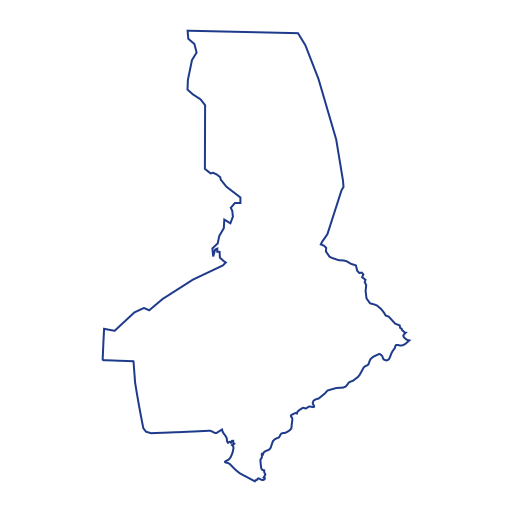 an SVG outline of South Kazakhstan
{"feature_id": "KAZ-3251", "entity_name": "South Kazakhstan", "entity_type": "Region", "adm_level": 1, "iso_a3": "KAZ", "parent_name": "Kazakhstan", "parent_adm1": "", "projection": "albers", "projection_center": [68.818, 43.271], "detail": "fine", "context": "isolated", "style": "outline", "palette": "blue", "viewbox_px": 512, "rotation_deg": 0, "n_neighbors": 0, "source": "natural_earth", "source_scale": "10m", "svg_char_len": 5599}
<svg xmlns="http://www.w3.org/2000/svg" viewBox="0 0 512 512"><path d="M405.5,332.9L404.0,334.4L403.3,335.7L403.7,337.0L406.2,339.4L407.5,340.0L409.3,340.4L407.3,342.2L405.2,344.0L404.1,344.6L402.9,345.2L401.8,345.4L400.6,345.6L399.1,345.3L397.7,344.9L397.0,345.0L396.2,345.0L395.8,345.6L395.3,346.2L395.1,347.0L394.9,347.8L394.6,348.4L394.2,348.9L393.4,350.0L392.6,351.1L391.9,352.4L391.2,353.8L390.6,355.4L390.1,356.9L389.5,358.1L388.8,359.4L387.9,359.9L386.9,360.4L386.2,360.3L385.4,360.2L384.8,359.9L384.1,359.7L383.6,359.2L383.1,358.7L382.9,358.0L382.7,357.2L382.4,356.6L382.2,356.1L381.7,355.5L381.2,355.0L380.6,354.6L380.0,354.2L379.6,354.1L379.1,354.0L376.1,355.4L373.1,356.8L371.8,358.0L370.5,359.1L369.7,360.9L369.0,362.6L368.8,363.3L368.6,364.1L368.2,364.5L367.8,365.0L367.3,365.3L366.8,365.5L366.2,365.7L365.7,366.0L365.1,366.3L364.6,366.6L364.2,367.1L363.7,367.5L361.7,371.2L359.6,374.9L358.8,375.9L358.1,376.8L355.5,378.8L352.9,380.8L351.2,381.4L349.5,382.1L349.0,382.5L348.5,382.9L348.1,383.5L347.7,384.2L346.7,385.3L345.8,386.5L344.5,387.0L343.2,387.6L339.7,387.8L336.3,388.0L332.1,389.2L327.9,390.4L327.3,390.8L326.8,391.3L325.9,392.3L325.0,393.4L321.9,395.9L318.7,398.5L316.9,399.0L315.2,399.6L314.3,400.2L313.5,400.8L313.1,401.9L312.7,403.0L312.8,403.5L312.9,403.9L313.5,404.9L314.0,405.8L314.0,406.3L314.1,406.7L313.7,406.9L313.4,407.1L311.5,406.8L309.6,406.5L309.1,406.6L308.7,406.7L307.5,407.5L306.3,408.3L305.8,408.4L305.3,408.5L304.4,408.1L303.5,407.8L303.0,407.9L302.5,408.0L300.8,409.1L299.1,410.2L298.3,411.0L297.5,411.7L297.2,412.6L296.9,413.5L296.3,413.2L295.7,413.0L295.1,413.2L294.6,413.4L293.1,414.1L291.7,414.8L291.4,415.0L291.1,415.3L291.0,415.6L290.9,415.8L290.9,416.2L291.0,416.5L291.3,416.9L291.6,417.3L291.8,417.4L291.9,417.5L292.0,417.7L292.1,417.8L292.2,418.3L292.3,418.8L292.3,419.5L292.3,420.2L291.8,424.1L291.4,428.1L291.1,428.6L290.9,429.1L290.3,429.6L289.8,430.2L288.7,430.9L287.6,431.7L286.5,432.2L285.4,432.8L284.0,433.0L282.7,433.1L282.0,433.3L281.4,433.6L280.9,434.1L280.5,434.6L279.8,436.0L279.0,437.4L276.8,438.3L274.6,439.3L273.8,440.3L272.9,441.2L271.7,444.6L270.6,447.9L269.9,448.7L269.3,449.5L267.4,450.4L266.8,450.6L265.4,451.2L264.5,451.8L263.7,452.4L263.3,453.4L263.0,454.4L262.8,454.3L262.7,454.2L262.4,454.1L262.1,454.0L261.9,453.9L261.8,454.3L261.8,454.7L261.9,455.6L261.9,456.6L261.9,457.0L261.8,457.4L261.6,457.9L261.4,458.3L261.2,458.5L260.8,458.9L260.7,459.1L260.5,459.7L260.4,460.4L260.7,463.9L261.1,467.4L261.3,468.2L261.5,468.9L261.7,469.3L262.0,469.6L262.3,469.8L262.6,470.0L263.4,470.1L264.2,470.3L264.2,470.9L264.1,471.4L264.3,471.9L264.4,472.5L264.6,473.0L264.8,473.5L265.1,473.9L265.3,474.4L265.3,474.7L265.2,475.0L264.4,476.3L263.6,477.5L264.3,477.8L264.9,478.2L264.7,478.7L264.5,479.3L263.8,479.7L263.1,480.1L262.3,479.9L261.4,479.8L260.2,479.2L258.9,478.5L258.5,478.5L258.2,478.4L257.9,478.6L257.6,478.8L257.4,479.2L257.2,479.5L257.0,479.8L256.7,480.1L256.3,480.1L255.8,480.1L255.4,480.5L255.0,480.9L254.9,481.1L254.8,481.3L247.3,477.3L242.4,474.7L239.8,473.3L237.7,471.6L235.6,469.9L232.7,467.0L229.9,464.1L228.9,463.5L227.9,463.0L226.7,462.7L225.4,462.4L225.2,462.3L225.0,462.1L225.1,461.8L225.2,461.5L225.5,461.2L225.8,461.0L226.9,460.5L228.0,460.0L228.6,459.6L229.1,459.1L229.6,458.6L230.0,458.1L230.4,457.5L230.7,457.0L231.2,455.9L231.7,454.8L232.2,453.5L232.7,452.1L233.0,450.7L233.3,449.3L233.4,448.1L233.4,446.9L233.1,446.4L232.9,445.9L232.7,445.7L232.3,445.4L232.1,445.2L232.3,445.1L232.6,445.0L233.3,444.5L234.1,443.9L233.9,443.8L233.6,443.6L233.3,443.5L233.4,443.2L233.5,442.8L233.4,442.7L233.3,441.7L233.2,440.8L232.5,440.9L231.9,440.9L231.4,441.9L231.0,442.8L230.6,442.4L230.3,441.9L229.9,441.8L229.5,441.8L229.1,442.0L228.7,442.2L228.3,442.5L228.0,442.8L227.5,442.1L227.1,441.4L226.9,439.8L226.7,438.1L226.3,437.4L226.0,436.7L224.7,434.8L223.3,433.0L223.1,432.5L222.9,432.0L222.7,431.9L222.3,430.7L222.0,429.5L221.2,430.0L220.4,430.5L218.5,431.7L216.7,432.9L216.1,433.0L215.5,433.1L214.8,432.8L214.1,432.6L212.8,431.9L211.5,431.2L210.7,431.0L210.0,430.7L202.0,431.1L193.8,431.5L188.7,431.7L180.6,432.1L173.9,432.3L164.7,432.7L158.5,432.9L151.2,433.2L148.6,432.5L147.6,432.2L146.0,431.7L144.7,430.0L143.3,428.2L140.9,415.8L138.6,403.4L136.8,393.0L135.1,382.6L134.3,372.0L133.5,361.4L133.4,361.3L133.2,361.2L132.8,361.1L132.6,361.1L132.4,361.1L132.1,361.1L131.9,361.2L124.4,360.9L117.6,360.7L110.8,360.4L103.3,360.2L103.0,359.9L102.8,359.7L102.7,359.3L102.7,358.8L103.4,342.5L104.1,328.8L109.8,329.9L114.6,330.8L134.4,312.4L143.9,308.0L149.2,310.3L162.7,298.9L192.8,279.7L222.9,265.4L225.8,262.5L224.1,261.4L219.9,257.7L219.6,251.9L217.2,251.7L217.3,248.6L215.1,249.6L213.2,256.5L212.4,248.4L217.7,243.4L219.3,235.9L223.8,228.2L224.3,219.6L230.4,223.3L232.9,216.7L232.3,211.0L230.8,207.8L234.9,203.0L240.4,203.0L240.4,197.5L226.4,186.7L220.8,179.7L220.2,177.2L216.8,174.5L213.1,172.8L210.6,173.4L204.9,168.9L205.1,105.2L200.6,99.4L192.9,94.4L187.5,89.6L187.9,79.8L192.0,60.0L196.6,52.6L194.4,44.0L188.3,38.8L187.6,30.7L298.0,33.2L305.4,45.3L318.5,79.0L336.2,139.5L343.0,180.7L343.5,187.0L341.6,190.0L327.4,234.2L322.1,241.8L320.8,244.4L324.0,245.7L326.2,247.8L325.9,251.4L329.6,256.8L332.2,258.0L338.7,260.2L343.8,260.5L346.7,261.3L350.9,263.8L355.9,265.4L357.2,270.7L359.3,273.0L361.7,272.6L363.4,274.4L362.1,277.2L365.5,279.8L364.7,282.1L366.2,285.0L365.6,291.1L366.5,298.4L370.0,303.3L374.4,304.5L377.0,305.5L381.2,309.1L384.0,312.7L385.7,315.6L388.7,316.6L395.2,323.7L399.7,325.4L400.1,327.8L401.7,328.8L401.9,329.9L405.3,332.9L405.5,332.9L405.5,332.9Z" fill="none" stroke="#1e3a8a" stroke-width="2"/></svg>